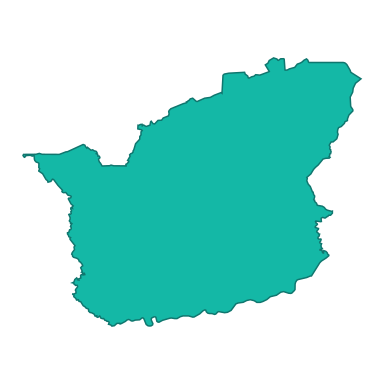 Las Lajas, El Oro, Ecuador (Mercator projection)
{"feature_id": "8360857B7040191128771", "entity_name": "Las Lajas", "entity_type": "district", "adm_level": 2, "iso_a3": "ECU", "parent_name": "Ecuador", "parent_adm1": "El Oro", "projection": "mercator", "projection_center": [-80.108, -3.799], "detail": "fine", "context": "isolated", "style": "filled", "palette": "teal", "viewbox_px": 384, "rotation_deg": 0, "n_neighbors": 0, "source": "geoboundaries", "source_scale": "gbopen_adm2", "svg_char_len": 5900}
<svg xmlns="http://www.w3.org/2000/svg" viewBox="0 0 384 384"><path d="M23.5,154.4L23.0,155.6L24.3,157.3L24.8,157.2L25.6,155.9L27.2,155.5L30.3,155.3L32.2,156.1L34.1,155.7L34.4,159.3L34.8,160.5L36.1,162.0L38.4,162.8L38.9,163.4L38.8,167.6L39.7,168.8L38.8,170.6L38.8,171.1L42.6,173.7L46.0,179.5L47.6,180.8L48.0,182.2L50.9,181.4L52.4,179.2L53.6,179.5L57.9,185.3L62.5,190.3L61.9,191.3L62.4,192.2L63.6,192.7L65.8,192.5L68.0,195.2L70.7,195.9L71.2,196.4L70.8,197.7L69.9,198.1L68.8,198.1L68.3,198.8L71.0,203.9L73.2,205.9L72.2,206.8L72.5,208.3L71.4,207.7L70.8,208.0L70.8,209.1L71.5,210.3L71.4,211.3L70.8,211.7L71.2,213.5L70.4,214.3L69.4,214.1L68.8,214.5L70.2,217.8L70.0,219.5L69.3,220.9L70.6,222.5L70.5,223.4L70.8,223.6L71.2,223.2L71.9,223.6L70.8,225.5L70.9,226.1L70.5,226.6L71.2,227.5L71.2,228.7L70.5,229.7L69.6,229.8L68.7,232.5L67.5,232.7L67.5,234.0L68.3,235.1L68.9,236.8L70.6,237.6L69.9,238.8L70.1,239.4L75.0,245.7L74.0,247.1L74.5,249.6L72.3,252.5L71.7,254.2L72.4,254.9L72.6,256.3L73.6,257.3L76.7,258.2L78.5,259.4L79.3,261.6L80.4,262.0L82.3,264.5L82.7,265.8L81.7,266.5L80.7,267.8L82.0,270.6L82.0,271.6L81.6,272.1L82.4,272.2L82.6,273.5L83.3,274.1L83.9,273.3L84.4,273.3L84.8,274.6L83.3,274.9L81.3,274.6L80.6,275.5L80.8,278.0L78.6,278.9L78.9,280.1L77.6,279.8L77.7,279.4L76.7,277.9L74.8,279.5L73.9,282.1L72.4,282.8L73.7,283.1L74.1,284.2L74.8,284.5L75.4,285.4L77.2,285.3L77.6,286.3L77.5,287.1L75.7,289.3L75.4,290.2L75.9,291.1L76.0,293.0L74.0,294.0L72.8,293.9L72.7,294.3L74.0,295.3L73.8,296.7L75.8,298.4L76.5,300.0L77.0,300.2L77.8,299.6L78.4,299.7L79.0,301.4L80.7,301.7L83.2,305.7L85.0,306.8L86.2,308.2L88.2,308.9L88.6,309.8L88.6,311.1L90.0,312.5L91.7,312.8L94.1,314.1L95.1,316.1L96.7,315.8L96.5,316.7L97.5,317.3L98.5,317.0L99.6,316.0L100.0,316.2L100.7,318.0L102.4,318.7L103.6,318.5L104.9,320.3L106.3,320.6L106.9,321.3L108.1,321.4L108.9,321.9L109.1,322.6L108.5,324.3L110.6,324.8L111.9,326.1L114.4,325.7L116.9,323.4L119.9,323.3L120.1,324.0L121.5,323.5L125.4,321.4L127.0,320.0L128.4,319.5L129.5,319.7L131.3,320.9L132.8,321.0L135.3,320.1L139.7,319.8L142.1,317.9L142.8,317.8L143.9,318.8L146.2,324.5L148.0,325.8L149.6,326.0L151.0,325.9L152.6,324.9L152.9,323.6L151.4,320.3L151.2,318.9L151.8,317.9L154.1,316.8L155.4,316.9L155.9,317.3L156.9,321.4L158.0,322.1L159.0,322.2L162.6,320.3L169.8,318.2L171.3,318.0L174.9,318.6L177.0,318.6L180.3,316.7L183.1,315.9L188.6,315.9L192.7,317.1L194.1,317.0L199.8,313.8L202.9,310.9L204.8,309.9L205.7,310.1L206.3,311.8L207.7,313.1L209.2,313.5L212.1,313.6L214.6,314.4L215.8,314.0L217.6,312.1L218.7,311.6L224.6,312.7L227.5,312.3L231.1,310.4L235.9,303.9L238.1,303.0L243.2,302.3L246.7,300.5L250.3,299.7L254.2,300.7L256.9,302.4L260.2,302.4L262.9,301.5L266.8,299.6L270.3,296.7L276.5,295.2L280.8,292.2L283.6,291.6L288.6,293.2L290.8,293.4L291.9,293.0L294.3,290.6L295.0,289.6L295.1,284.1L295.7,282.0L296.9,280.2L298.0,279.6L306.8,277.5L310.1,276.1L311.3,275.9L311.2,276.4L319.8,262.7L321.5,261.0L326.3,257.9L329.3,255.3L328.7,255.7L328.7,254.9L327.9,254.5L327.1,252.6L325.9,251.4L324.4,250.8L323.5,250.8L323.6,253.0L323.2,253.1L322.5,252.5L322.2,251.0L321.6,250.5L320.0,250.0L320.2,249.4L322.4,248.8L321.2,247.1L321.0,245.3L321.6,243.7L320.1,243.1L319.7,242.3L319.9,241.8L320.7,241.0L321.1,239.3L320.8,239.0L319.1,239.2L318.0,238.5L318.0,237.2L319.1,236.1L319.6,234.1L318.6,233.9L318.2,233.1L316.7,231.8L317.1,230.6L318.4,229.3L318.5,228.5L315.3,227.5L315.3,226.5L317.4,224.4L317.1,223.6L315.9,222.9L316.0,222.0L315.5,221.6L315.8,221.1L316.5,221.1L320.4,221.7L321.4,221.5L321.1,218.5L321.4,218.0L322.8,217.4L324.5,218.0L325.5,217.9L326.8,216.7L327.7,216.5L328.7,215.3L330.6,215.2L332.4,213.2L332.4,211.2L332.0,211.4L327.4,210.2L325.5,209.1L324.4,207.5L322.3,206.2L317.3,205.3L316.5,203.2L314.7,201.5L314.6,200.2L313.7,199.7L314.5,197.5L314.7,196.0L313.6,194.5L313.1,192.1L312.5,192.0L310.3,186.5L308.2,184.1L306.8,180.8L307.3,178.3L306.8,177.4L310.8,174.0L313.5,169.5L315.4,167.4L318.2,165.0L323.1,159.0L325.8,158.3L329.3,158.1L330.1,157.3L329.1,156.6L329.6,155.8L329.7,154.0L330.6,153.7L331.1,151.7L330.6,150.5L330.7,149.8L329.7,148.9L330.1,146.9L329.3,145.4L329.4,144.8L331.1,142.0L333.1,141.9L336.8,138.8L338.1,134.3L337.4,132.2L337.8,129.4L338.6,127.6L341.3,126.5L344.4,123.4L345.0,121.7L347.4,120.6L347.5,118.8L348.9,115.1L352.9,110.9L352.8,109.6L350.7,106.4L350.2,97.1L352.7,92.1L353.2,88.2L355.5,83.3L361.0,78.8L350.8,72.3L350.2,70.4L346.8,64.5L345.2,63.1L344.2,62.7L343.2,62.5L309.1,62.5L308.6,62.2L307.8,60.1L306.5,58.9L304.0,60.2L302.2,61.9L300.4,63.0L297.3,64.1L294.7,67.4L289.3,68.9L287.6,69.9L285.9,70.2L285.0,70.0L284.2,59.1L283.4,58.7L280.6,58.8L278.4,60.4L277.9,60.3L276.9,59.0L273.6,57.9L269.2,60.5L267.9,63.2L265.3,64.9L269.3,71.5L268.8,71.8L259.9,75.1L255.7,74.7L254.0,76.2L251.6,76.8L249.2,78.1L248.3,77.9L247.7,76.0L245.2,74.1L244.6,72.3L228.7,73.2L224.2,74.1L223.0,75.3L222.0,93.3L221.1,92.6L214.3,95.2L210.3,97.4L204.6,98.2L197.2,101.5L196.2,101.3L192.7,98.2L190.2,98.9L189.1,100.4L188.3,100.6L187.4,101.7L186.4,101.9L186.6,102.6L186.1,102.9L183.4,103.6L170.9,108.7L169.2,110.4L168.7,111.6L169.1,114.0L168.4,115.9L163.2,118.0L161.6,120.2L158.0,120.4L154.7,123.9L153.1,123.7L151.2,121.2L150.6,121.8L150.0,125.1L146.8,126.3L145.9,126.4L143.6,125.0L142.3,125.8L142.1,124.3L140.3,124.5L138.9,125.3L138.0,125.2L137.8,128.9L141.4,129.8L142.2,130.5L141.0,131.9L141.0,134.9L139.8,136.5L139.7,139.2L135.6,143.7L133.8,149.8L133.1,150.9L133.0,152.2L132.0,153.2L130.7,153.7L129.6,154.9L130.1,156.2L127.6,160.5L128.6,160.9L128.7,161.9L126.8,163.9L125.9,164.3L126.1,165.9L113.8,165.8L111.0,165.1L109.7,165.7L102.1,166.0L100.4,163.1L99.4,162.0L98.7,160.2L98.6,159.0L99.9,157.8L99.7,156.9L99.0,156.0L97.9,156.1L97.6,154.2L96.3,153.7L97.1,152.9L96.6,151.9L95.9,151.2L94.3,150.9L92.7,149.8L91.0,150.2L87.4,147.3L86.8,148.1L85.6,146.7L84.8,145.1L83.1,144.5L67.5,151.7L65.8,151.9L59.3,154.4L42.1,154.3L39.3,153.4L36.0,154.3L23.5,154.4Z" fill="#14b8a6" stroke="#0f766e" stroke-width="1.5"/></svg>